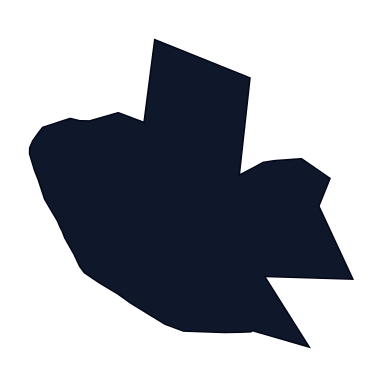 the district of Mederdra, Trarza, Mauritania, rotated 92°
{"feature_id": "47542326B59245352565920", "entity_name": "Mederdra", "entity_type": "district", "adm_level": 2, "iso_a3": "MRT", "parent_name": "Mauritania", "parent_adm1": "Trarza", "projection": "natural_earth1", "projection_center": [-15.699, 17.141], "detail": "fine", "context": "isolated", "style": "filled", "palette": "ink", "viewbox_px": 384, "rotation_deg": 92, "n_neighbors": 0, "source": "geoboundaries", "source_scale": "gbopen_adm2", "svg_char_len": 737}
<svg xmlns="http://www.w3.org/2000/svg" viewBox="0 0 384 384"><g transform="rotate(92 192 192)"><path d="M343.0,69.3L273.9,116.4L273.5,28.2L201.7,64.7L173.6,54.5L154.9,83.7L154.9,83.8L157.8,110.9L159.9,121.9L166.4,132.9L173.4,145.3L76.0,138.0L41.0,234.6L124.1,242.4L115.3,268.5L124.5,296.8L124.7,306.6L122.7,316.3L125.8,325.0L128.9,333.2L132.6,343.5L138.4,347.7L146.6,353.1L153.7,355.8L159.5,355.7L175.7,350.2L185.4,346.0L204.2,339.1L213.7,333.1L226.0,325.2L230.8,323.1L235.6,320.4L242.3,317.6L258.1,307.9L270.2,301.7L276.4,296.8L285.9,281.7L296.3,262.9L305.3,249.3L309.6,241.7L316.5,229.6L325.2,214.1L331.3,195.6L331.3,154.7L330.6,141.2L329.7,128.3L328.5,126.7L343.0,69.3Z" fill="#0f172a" stroke="#020617" stroke-width="1.5"/></g></svg>